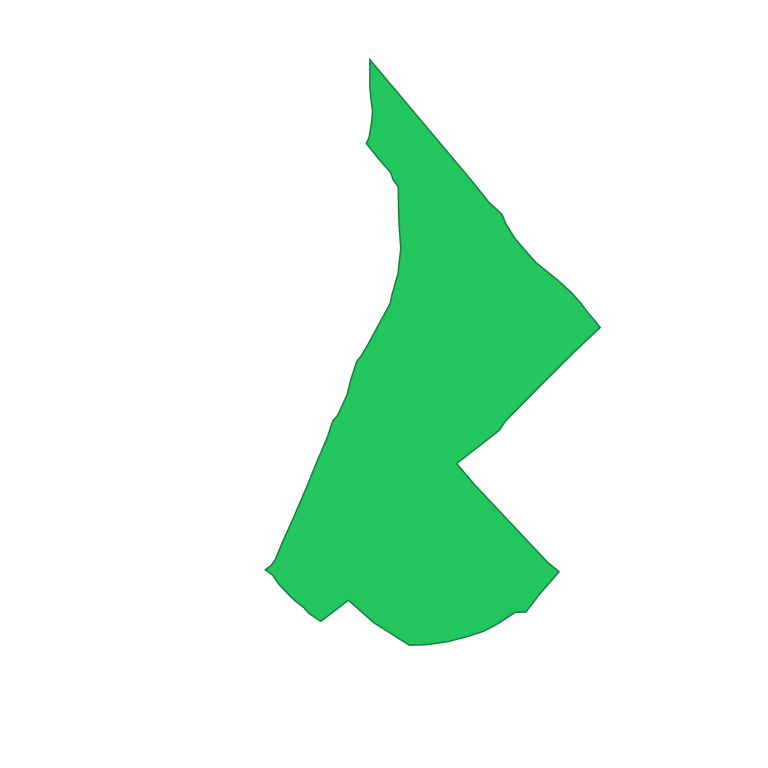 Doun Penh, Phnom Penh, Cambodia (Robinson projection), rotated 233°
{"feature_id": "14789045B63307875451806", "entity_name": "Doun Penh", "entity_type": "district", "adm_level": 2, "iso_a3": "KHM", "parent_name": "Cambodia", "parent_adm1": "Phnom Penh", "projection": "robinson", "projection_center": [104.926, 11.572], "detail": "fine", "context": "isolated", "style": "filled", "palette": "green", "viewbox_px": 768, "rotation_deg": 233, "n_neighbors": 0, "source": "geoboundaries", "source_scale": "gbopen_adm2", "svg_char_len": 1107}
<svg xmlns="http://www.w3.org/2000/svg" viewBox="0 0 768 768"><g transform="rotate(233 384 384)"><path d="M586.7,514.6L565.5,515.3L549.0,516.5L541.5,514.2L533.0,514.1L513.0,499.5L500.0,490.5L482.0,478.9L463.5,461.3L451.1,444.9L444.6,437.4L435.8,418.0L426.1,396.9L420.2,382.8L418.4,375.8L407.6,360.3L397.4,347.7L386.9,328.1L385.2,320.6L375.6,306.8L362.4,283.8L347.2,258.4L331.6,231.1L318.6,207.3L309.4,191.9L307.0,184.6L307.1,177.4L298.5,180.0L287.6,179.5L270.0,181.5L263.4,182.8L253.5,185.5L246.3,185.9L232.5,190.7L232.5,201.7L232.8,225.4L199.0,232.3L181.8,238.9L160.2,247.0L150.0,261.4L139.9,279.8L132.1,298.8L126.6,314.8L124.1,330.2L122.7,351.4L116.5,360.1L122.7,382.6L128.7,410.8L143.3,407.3L248.2,395.8L276.8,394.2L277.6,448.2L281.3,458.8L289.0,511.1L295.0,554.1L299.0,590.6L306.5,590.5L320.3,589.7L330.4,589.8L344.2,588.7L361.6,585.4L389.1,578.5L395.0,577.9L412.6,576.7L421.4,576.2L438.0,577.6L448.1,580.2L455.7,579.0L466.2,577.1L477.7,576.8L494.4,576.3L651.5,567.9L629.1,551.0L619.4,545.1L608.6,538.9L600.3,531.4L590.1,520.7L586.7,514.6Z" fill="#22c55e" stroke="#15803d" stroke-width="1.5"/></g></svg>